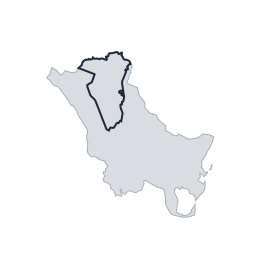 Turkmenistan, with Mary highlighted, rotated 202°
{"feature_id": "TKM-360", "entity_name": "Mary", "entity_type": "Province", "adm_level": 1, "iso_a3": "TKM", "parent_name": "Turkmenistan", "parent_adm1": "", "projection": "orthographic", "projection_center": [62.192, 37.327], "detail": "fine", "context": "in_parent", "style": "outline", "palette": "slate", "viewbox_px": 256, "rotation_deg": 202, "n_neighbors": 0, "source": "natural_earth", "source_scale": "10m", "svg_char_len": 6751}
<svg xmlns="http://www.w3.org/2000/svg" viewBox="0 0 256 256"><g transform="rotate(202 128 128)"><path d="M78.6,84.1L89.0,85.4L92.2,86.0L93.6,84.5L93.6,84.2L93.1,83.8L92.4,82.7L92.1,75.5L93.1,74.6L94.2,73.9L95.8,71.7L96.6,71.1L97.9,70.6L101.8,70.6L103.5,70.3L105.1,67.8L105.4,66.3L106.6,65.2L107.2,65.2L109.8,66.3L110.4,66.9L111.2,68.8L112.2,68.7L112.4,68.4L112.3,68.0L111.6,66.8L110.0,64.6L108.4,63.2L108.3,62.8L109.7,61.8L112.5,62.3L113.2,62.0L114.0,60.4L117.6,64.3L118.3,64.7L121.2,65.3L121.7,65.9L122.7,68.1L123.7,68.7L124.9,69.1L130.2,69.4L131.8,70.9L132.1,71.2L131.7,72.3L131.6,74.3L131.1,75.0L131.4,75.4L133.3,76.2L134.4,77.6L134.5,78.1L134.1,78.5L133.2,78.3L132.8,78.8L132.8,79.9L133.4,80.9L133.5,81.8L132.6,83.8L132.5,84.7L132.8,85.2L137.6,88.4L138.4,88.5L143.0,88.0L143.9,88.4L148.0,89.1L149.2,89.0L149.9,88.0L150.7,87.6L151.4,87.6L153.3,88.3L155.4,89.6L156.8,90.8L157.4,91.9L159.3,98.1L160.5,100.6L162.0,101.8L163.0,104.2L164.0,109.4L164.5,110.5L166.8,112.5L178.5,120.9L182.0,124.7L187.6,128.2L189.6,127.7L194.0,131.5L196.7,132.9L200.3,135.2L207.9,140.2L209.5,140.4L211.2,139.6L212.8,139.9L215.7,141.2L218.8,143.1L221.3,143.7L222.1,144.5L222.2,145.0L220.8,147.7L220.8,151.0L221.2,155.4L220.5,155.5L215.3,154.4L210.4,151.9L209.3,152.8L208.8,153.8L207.7,157.6L201.2,158.1L197.4,160.0L194.2,172.5L193.5,174.1L191.4,176.2L187.6,178.2L187.1,179.0L186.9,179.8L186.5,180.0L184.4,180.1L176.4,182.9L174.7,182.9L174.0,183.1L173.7,183.6L174.6,186.1L173.9,186.8L173.4,188.0L173.0,190.2L167.7,193.6L166.6,194.0L164.5,193.7L163.4,194.0L162.3,195.1L161.7,194.8L161.5,193.7L160.9,193.0L157.6,190.3L153.8,190.7L152.4,190.5L151.3,190.0L149.6,188.4L148.5,187.0L147.3,187.1L147.0,186.4L146.9,185.6L147.3,184.6L147.2,182.8L146.5,181.4L145.8,180.8L146.7,178.7L146.7,177.1L146.2,175.3L146.0,172.8L146.1,170.3L145.4,169.1L134.4,169.0L130.6,163.2L129.1,161.8L123.7,159.2L122.2,157.9L121.1,156.4L120.8,154.5L120.2,153.3L119.4,153.1L115.2,150.7L113.6,150.0L111.2,150.5L109.9,149.8L108.2,150.6L107.6,150.6L105.8,150.0L103.8,147.9L102.1,147.0L98.4,145.5L95.8,144.9L93.5,144.0L93.3,143.7L93.3,142.0L93.0,141.2L92.4,140.3L91.5,139.6L87.6,139.5L85.8,138.7L84.3,138.5L81.2,138.5L80.1,138.9L79.5,139.4L79.0,141.1L78.7,141.3L75.6,141.1L69.1,140.3L66.4,141.0L62.0,143.3L59.4,145.3L58.6,146.2L56.8,150.0L56.2,150.5L55.3,150.8L54.4,150.9L50.5,152.1L48.9,152.3L45.1,151.8L44.7,146.0L44.8,141.4L45.7,135.2L45.9,131.1L47.1,125.1L47.0,123.5L45.3,120.7L45.2,118.8L44.0,118.6L42.3,116.8L40.5,116.0L39.5,115.9L38.6,116.3L37.9,117.1L37.6,115.7L37.8,114.2L39.6,111.2L40.4,112.2L41.5,112.7L44.4,112.7L44.2,111.7L42.8,110.5L42.7,109.0L42.9,107.6L43.5,106.3L43.1,105.7L42.4,105.3L40.9,105.2L36.9,104.3L36.3,105.8L37.2,108.0L35.6,105.4L34.6,102.8L34.1,99.9L34.3,96.7L36.4,91.9L38.3,85.8L39.5,88.6L40.5,89.8L42.9,90.8L44.1,90.7L45.5,90.2L46.7,90.5L48.4,93.4L49.8,93.8L52.8,93.0L54.2,92.9L55.3,93.5L56.6,93.6L56.1,92.3L56.0,91.0L56.8,90.4L59.0,91.3L60.9,90.8L61.3,90.5L61.5,89.4L61.5,87.3L61.1,86.4L60.2,85.0L56.4,81.7L55.2,80.4L54.2,78.8L52.9,72.5L51.9,68.5L51.4,68.0L49.1,67.5L44.6,68.0L43.1,67.7L42.3,68.0L40.4,69.5L39.4,70.8L37.9,73.9L38.6,75.0L37.4,80.4L37.5,82.7L37.4,82.9L36.3,79.8L34.8,76.8L33.8,72.3L36.8,69.7L39.2,67.9L41.8,66.6L44.4,65.8L50.2,64.7L53.3,64.4L55.9,64.6L57.7,65.7L62.7,69.6L64.8,71.8L65.3,72.7L65.8,74.6L69.2,81.1L70.0,82.0L71.4,84.1L72.8,84.8L78.6,84.1ZM36.5,125.2L36.3,126.0L35.8,123.4L35.7,120.7L36.2,119.9L36.7,120.0L36.1,121.0L36.5,125.2Z" fill="#d9dde1" stroke="#a8b0b8" stroke-width="1"/><path d="M196.3,165.0L194.9,167.9L194.7,168.4L194.5,169.1L194.5,169.5L194.5,169.8L194.6,170.2L194.8,170.9L194.8,171.2L194.8,171.9L194.6,172.6L194.4,173.2L193.3,175.0L193.0,175.3L192.6,175.7L192.1,175.9L191.1,176.2L190.8,176.3L190.6,176.4L190.4,176.7L190.2,177.4L190.1,177.5L189.9,177.4L189.7,177.4L189.1,177.3L188.5,177.4L188.1,177.6L187.1,178.4L187.0,178.6L186.8,178.9L186.8,179.2L187.0,180.0L187.0,180.3L185.6,179.8L185.2,179.7L184.8,179.8L184.3,179.9L183.0,180.7L182.4,180.9L180.7,181.0L180.4,181.1L180.1,181.2L179.9,181.4L179.6,181.9L179.4,182.1L178.3,182.7L177.0,182.9L173.9,182.9L173.6,183.0L173.4,183.2L173.3,183.5L173.6,183.9L173.6,184.3L173.7,184.5L174.5,185.1L174.7,185.4L174.8,185.5L175.1,185.6L175.2,185.8L175.1,186.0L174.7,186.3L173.6,186.7L173.3,187.0L173.2,187.3L173.3,188.2L173.3,188.4L173.6,188.6L173.6,188.8L173.5,189.4L173.4,190.0L173.3,190.3L173.1,190.5L172.9,190.6L172.3,190.7L172.0,190.8L171.0,191.2L169.7,192.3L168.8,192.8L168.4,193.1L168.2,193.4L168.0,193.6L167.8,193.7L166.8,194.2L166.5,194.2L166.4,194.2L166.0,194.0L165.8,194.0L165.7,194.1L165.4,194.0L164.4,193.1L164.0,193.2L163.6,193.6L162.2,195.5L161.9,195.6L161.8,195.4L161.5,194.8L161.4,194.5L161.5,193.8L161.4,193.5L161.3,193.2L161.2,192.9L161.0,192.7L160.2,192.4L159.8,192.1L158.3,190.6L157.9,190.4L157.5,190.2L156.7,190.1L155.0,190.7L154.1,190.8L152.2,190.5L151.2,190.1L150.6,189.4L149.6,188.5L149.5,188.4L149.8,188.1L150.0,187.9L150.5,187.6L151.0,187.0L151.1,186.8L151.1,186.6L151.3,185.3L151.3,185.2L151.7,184.7L151.8,184.6L151.7,184.5L151.6,184.4L151.4,184.3L150.9,183.6L150.7,183.5L150.5,183.2L150.4,183.1L150.1,182.6L150.1,182.4L150.3,182.1L150.7,181.9L151.2,181.9L151.3,181.9L151.5,181.8L151.7,181.7L151.8,181.6L152.0,181.5L152.0,181.4L152.1,180.4L151.3,180.3L151.2,180.2L150.9,179.2L150.9,173.9L150.9,168.8L150.2,167.2L147.0,161.7L146.5,160.8L144.0,156.6L143.9,156.4L144.0,156.4L144.8,156.4L145.1,156.3L145.3,156.3L145.9,156.4L146.0,156.5L146.4,156.8L146.5,157.1L146.9,157.7L147.0,158.1L147.1,158.5L147.1,159.4L147.2,159.5L147.3,159.7L147.4,159.8L147.6,159.9L147.9,160.0L148.1,160.0L148.3,160.0L148.5,160.0L148.9,159.9L149.2,159.6L149.3,159.6L149.5,159.3L149.6,159.1L149.7,158.8L149.8,158.6L149.8,158.3L149.8,158.1L149.7,158.0L149.7,157.9L149.6,157.7L149.3,157.5L148.7,157.4L148.2,157.4L147.7,157.6L147.4,157.8L146.6,156.5L146.5,156.3L146.4,156.2L146.2,156.1L144.8,156.0L144.5,156.1L144.2,156.0L143.9,156.0L143.7,156.0L143.5,155.9L143.4,155.9L142.5,151.9L142.5,151.0L142.6,150.4L142.9,150.4L143.1,150.3L143.3,150.1L143.2,149.6L142.5,147.6L142.5,147.4L142.8,147.2L143.4,147.2L143.6,147.1L143.8,146.9L143.7,146.5L142.6,144.3L142.0,143.5L138.6,139.8L138.4,139.0L136.8,131.8L137.5,131.9L137.8,131.9L138.0,131.8L138.1,131.5L138.2,131.2L138.5,129.4L138.6,129.1L138.7,128.9L138.9,128.8L139.8,128.7L140.0,128.6L140.2,128.3L140.3,128.0L141.2,123.2L141.6,122.6L143.4,122.1L144.3,121.9L144.4,121.6L144.6,121.3L144.7,118.5L147.4,118.8L147.9,119.3L149.9,121.4L152.5,124.1L163.7,136.1L168.2,140.8L169.4,141.8L170.8,142.4L174.0,143.6L175.0,144.1L179.8,149.5L181.7,151.8L181.9,152.6L180.1,155.1L179.5,156.0L179.3,156.2L178.7,156.7L179.0,164.8L179.1,165.3L179.5,165.4L182.9,165.3L186.3,165.3L190.2,165.2L193.0,165.1L196.3,165.0L196.3,165.0Z" fill="none" stroke="#1e293b" stroke-width="2"/></g></svg>